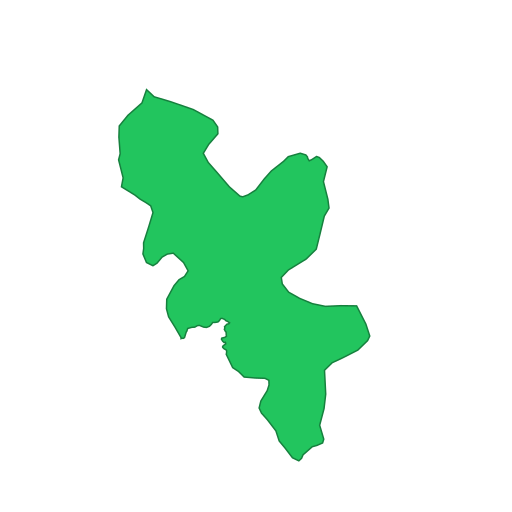 Diema, Kayes, Mali (orthographic projection), rotated 60°
{"feature_id": "8926073B21360544825560", "entity_name": "Diema", "entity_type": "district", "adm_level": 2, "iso_a3": "MLI", "parent_name": "Mali", "parent_adm1": "Kayes", "projection": "orthographic", "projection_center": [-9.076, 14.667], "detail": "fine", "context": "isolated", "style": "filled", "palette": "green", "viewbox_px": 512, "rotation_deg": 60, "n_neighbors": 0, "source": "geoboundaries", "source_scale": "gbopen_adm2", "svg_char_len": 2201}
<svg xmlns="http://www.w3.org/2000/svg" viewBox="0 0 512 512"><g transform="rotate(60 256 256)"><path d="M128.8,337.9L142.7,330.4L148.9,327.9L154.2,324.9L159.9,322.1L166.9,323.5L176.7,333.9L188.4,346.8L193.3,349.5L197.7,352.9L206.9,354.1L212.9,350.1L212.7,345.3L210.0,337.9L210.0,331.8L212.2,326.2L216.6,324.8L225.5,322.0L234.9,322.2L238.0,328.2L238.0,334.4L240.7,341.8L248.8,354.9L256.9,359.9L265.0,362.1L277.4,361.7L288.9,361.7L290.1,362.2L290.1,361.5L291.0,360.0L290.9,358.7L286.9,354.4L286.6,353.6L284.6,351.4L285.7,347.2L287.0,344.6L287.0,341.6L287.8,339.7L291.4,336.9L293.1,334.6L293.6,331.5L292.9,328.8L291.9,326.8L293.1,324.6L294.1,321.9L293.7,320.2L292.5,317.9L293.0,316.6L294.1,315.7L295.4,314.8L297.1,314.4L298.3,313.4L300.7,312.3L301.1,313.5L300.5,315.2L301.5,318.6L302.8,319.0L303.7,320.1L306.2,320.2L307.0,319.9L308.8,320.9L309.6,321.3L310.7,321.7L310.9,323.5L310.0,326.7L310.7,327.5L313.0,327.5L315.0,326.9L315.1,326.7L315.3,325.7L315.9,325.7L317.0,326.2L317.3,329.3L318.0,330.4L318.6,330.5L320.2,330.1L320.7,329.9L321.4,329.4L322.2,328.9L323.4,328.8L325.4,330.1L326.2,330.9L341.0,332.0L347.2,328.9L354.9,326.8L361.3,317.6L366.4,309.4L370.1,307.0L374.2,309.2L378.2,313.6L384.0,324.3L389.2,329.3L394.8,329.8L403.5,328.0L417.4,326.2L427.8,328.4L436.5,326.9L449.0,325.3L454.8,321.3L454.0,317.7L451.7,314.7L449.3,302.6L450.5,298.0L451.2,291.8L448.5,288.9L434.4,285.5L422.2,273.4L410.5,264.7L389.2,253.8L386.5,243.3L387.5,231.9L388.4,214.8L385.1,201.7L382.2,197.5L369.9,194.9L349.5,193.8L341.4,207.5L334.3,221.1L325.5,231.0L314.5,239.4L303.7,245.8L293.3,247.2L287.2,244.8L284.3,234.9L283.7,214.0L280.2,200.4L269.6,190.2L255.6,176.9L251.0,168.8L242.8,165.4L225.3,160.4L214.3,149.8L207.6,150.4L202.4,151.9L200.1,153.8L200.4,159.2L200.2,162.3L197.2,162.4L196.0,161.9L193.4,162.3L189.1,166.3L186.1,178.4L187.8,184.8L190.0,200.1L193.3,210.1L198.7,223.2L199.0,230.8L199.1,232.1L198.1,237.9L196.1,240.0L182.8,244.5L163.6,248.1L151.1,250.6L140.7,250.3L135.7,241.2L131.1,227.9L125.1,224.7L116.9,225.4L97.8,237.1L79.8,252.7L67.2,264.6L57.2,267.6L66.4,278.2L70.1,296.5L75.0,309.4L84.5,315.3L99.5,322.5L104.0,326.9L121.9,332.0L128.8,337.9Z" fill="#22c55e" stroke="#15803d" stroke-width="1.5"/></g></svg>